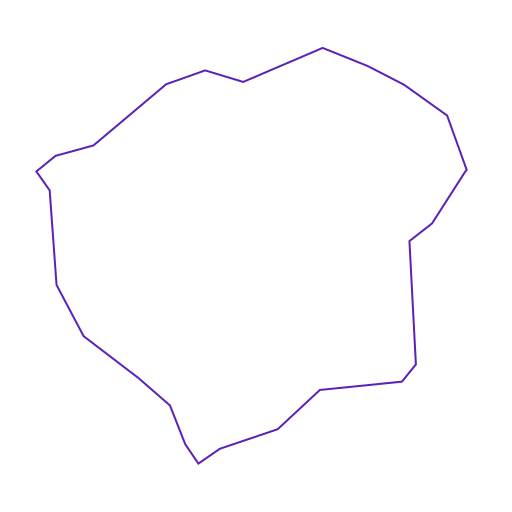 the district of Perstorp, Skåne, Sweden, rotated 267°
{"feature_id": "70781695B63196163664063", "entity_name": "Perstorp", "entity_type": "district", "adm_level": 2, "iso_a3": "SWE", "parent_name": "Sweden", "parent_adm1": "Skåne", "projection": "natural_earth1", "projection_center": [13.405, 56.216], "detail": "fine", "context": "isolated", "style": "outline", "palette": "violet", "viewbox_px": 512, "rotation_deg": 267, "n_neighbors": 0, "source": "geoboundaries", "source_scale": "gbopen_adm2", "svg_char_len": 492}
<svg xmlns="http://www.w3.org/2000/svg" viewBox="0 0 512 512"><g transform="rotate(267 256 256)"><path d="M331.0,470.9L386.3,454.2L419.2,412.9L439.8,377.6L460.3,333.4L430.5,252.3L444.0,214.9L432.2,175.2L398.5,130.7L374.9,99.4L366.5,61.0L351.9,41.1L332.3,53.4L237.5,55.3L184.9,79.7L140.2,132.3L111.2,162.3L71.7,175.5L51.7,187.6L65.4,209.8L81.9,268.6L118.9,312.8L122.9,395.2L139.4,410.0L262.9,410.0L279.3,433.5L328.7,468.9L331.0,470.9Z" fill="none" stroke="#5b21b6" stroke-width="2"/></g></svg>